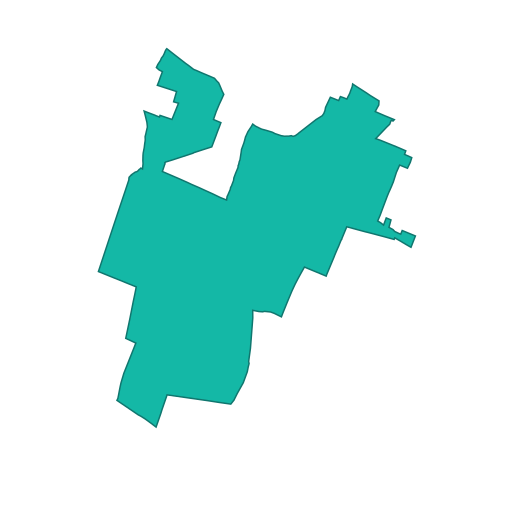 the district of Dzoncauich, Yucatán, Mexico, rotated 106°
{"feature_id": "50627088B45441994431912", "entity_name": "Dzoncauich", "entity_type": "district", "adm_level": 2, "iso_a3": "MEX", "parent_name": "Mexico", "parent_adm1": "Yucatán", "projection": "orthographic", "projection_center": [-88.865, 21.095], "detail": "fine", "context": "isolated", "style": "filled", "palette": "teal", "viewbox_px": 512, "rotation_deg": 106, "n_neighbors": 0, "source": "geoboundaries", "source_scale": "gbopen_adm2", "svg_char_len": 3889}
<svg xmlns="http://www.w3.org/2000/svg" viewBox="0 0 512 512"><g transform="rotate(106 256 256)"><path d="M448.0,304.9L433.7,304.1L429.3,304.0L414.0,303.2L408.4,262.8L406.9,250.9L405.3,239.4L400.5,237.4L400.2,237.4L393.2,236.1L381.3,233.3L370.1,232.5L369.3,232.5L364.8,232.9L361.3,233.0L359.4,234.0L346.2,235.9L316.5,242.0L309.1,244.2L308.6,237.9L307.8,234.2L306.9,232.6L305.8,226.6L306.1,222.6L306.7,219.3L307.5,214.8L303.9,214.5L300.9,214.2L297.2,213.8L292.4,213.3L285.5,212.5L279.6,211.8L272.1,210.6L266.2,209.4L258.3,207.6L253.8,206.5L253.3,206.4L254.2,198.5L255.8,184.5L256.0,183.0L254.1,182.9L236.3,180.8L234.4,180.6L233.9,180.6L226.6,179.7L223.3,179.2L222.0,179.1L217.5,178.6L216.4,178.2L215.6,178.2L215.0,178.2L213.4,178.0L209.0,177.5L202.9,176.8L202.6,157.4L202.5,155.5L202.3,147.6L202.3,146.7L202.1,137.1L202.0,127.8L200.3,127.6L200.9,125.2L202.0,120.7L202.7,118.3L202.8,117.7L203.6,114.8L204.7,110.3L204.9,109.4L192.8,108.3L191.2,122.5L195.1,122.9L194.9,124.9L194.2,129.4L192.9,131.5L191.8,136.1L184.1,136.2L183.5,141.3L191.1,141.9L189.7,145.3L188.8,148.7L182.6,147.9L174.4,147.3L162.2,146.3L157.8,145.8L155.9,145.5L151.5,144.9L148.7,144.6L147.1,144.4L143.2,144.3L137.0,144.1L129.0,143.0L129.9,134.6L123.5,133.5L119.9,133.4L118.5,133.4L117.4,141.2L113.6,141.0L112.7,147.8L112.3,151.1L110.5,168.0L110.2,172.8L110.2,173.0L110.2,173.3L103.4,169.7L96.1,165.9L92.5,163.8L89.3,163.6L88.3,163.1L88.5,161.5L86.8,160.6L85.7,170.7L84.8,177.7L84.3,181.2L80.5,180.4L77.0,179.6L73.0,180.5L70.2,190.5L68.8,194.7L67.0,200.7L65.7,205.1L64.0,210.5L66.4,210.2L68.1,210.3L71.2,210.6L73.5,210.7L75.3,211.0L78.2,211.6L80.1,211.9L79.7,215.3L79.5,218.8L83.8,219.4L82.9,228.3L93.9,230.1L97.1,229.8L100.3,230.1L102.9,231.0L108.2,235.8L126.3,249.0L126.7,249.2L126.9,249.3L129.6,251.5L130.8,253.4L130.6,255.2L131.8,257.7L132.2,259.2L133.0,261.6L133.4,265.0L133.1,271.7L132.8,272.8L132.6,273.9L132.5,274.7L132.4,280.1L132.4,281.1L132.5,285.6L132.2,287.4L132.1,288.2L131.9,288.9L131.8,289.5L131.3,292.3L130.1,295.5L130.7,295.6L130.8,295.7L132.6,296.1L138.6,298.0L143.9,298.8L144.2,298.9L144.5,298.9L148.1,298.8L149.4,298.8L150.7,298.8L157.6,299.3L160.1,298.9L168.0,297.9L169.8,298.1L172.8,297.9L173.9,298.1L175.8,297.7L182.0,298.4L187.0,298.8L189.6,298.4L195.6,298.9L197.0,299.3L198.1,299.2L199.2,299.1L205.3,299.9L206.8,300.2L210.3,299.7L209.6,306.6L208.2,314.7L207.0,322.9L206.0,329.4L204.9,337.9L204.2,342.1L202.8,352.1L200.6,369.3L192.9,369.0L192.8,368.9L192.3,368.9L191.5,369.4L190.6,368.8L186.7,362.8L174.5,344.8L174.0,344.5L169.1,337.3L163.3,328.6L161.0,328.4L151.3,327.6L147.0,327.3L141.6,326.8L137.5,326.5L137.0,330.8L136.5,334.5L136.3,334.5L128.9,334.1L128.7,334.1L128.4,334.1L120.0,333.1L115.7,332.4L109.5,331.5L106.8,334.0L101.9,337.9L99.8,339.7L98.8,341.6L96.6,344.9L95.3,355.3L95.3,355.5L94.8,359.5L94.1,364.5L93.8,367.4L91.3,373.7L90.3,376.6L84.6,390.8L81.3,398.9L82.4,399.4L83.1,399.5L83.8,399.7L86.9,400.0L89.1,400.4L92.0,401.5L94.2,401.7L99.0,403.2L102.3,403.7L103.8,400.6L104.6,396.8L106.5,396.9L110.2,397.2L115.3,397.5L119.1,397.9L119.5,385.7L119.8,377.7L130.5,377.7L130.5,372.6L147.9,374.4L147.3,387.0L149.0,387.1L148.7,390.9L148.5,392.0L148.2,395.8L147.8,400.6L147.5,403.5L151.6,401.1L157.6,397.7L161.3,396.2L162.4,395.9L163.3,395.9L167.3,395.7L168.4,395.6L171.8,395.5L174.8,394.5L176.6,394.2L178.4,394.0L182.7,393.3L188.4,392.8L189.0,392.6L189.9,392.5L195.3,391.1L198.5,390.0L203.6,389.1L203.2,390.9L203.7,391.1L205.1,392.2L206.6,392.9L207.8,393.8L208.6,395.2L212.3,398.2L212.6,398.0L212.9,398.4L213.0,398.5L215.3,399.7L216.7,399.5L217.9,399.2L230.0,399.7L239.0,400.1L252.2,400.7L281.6,401.9L314.4,403.2L318.7,362.6L325.7,362.0L334.1,361.4L351.7,359.9L365.6,358.9L371.1,358.5L372.8,347.5L379.1,348.1L405.1,350.7L415.3,350.8L419.8,350.5L430.9,349.5L433.1,349.9L441.2,325.3L441.7,322.7L443.2,317.6L445.8,310.5L448.0,304.9Z" fill="#14b8a6" stroke="#0f766e" stroke-width="1.5"/></g></svg>